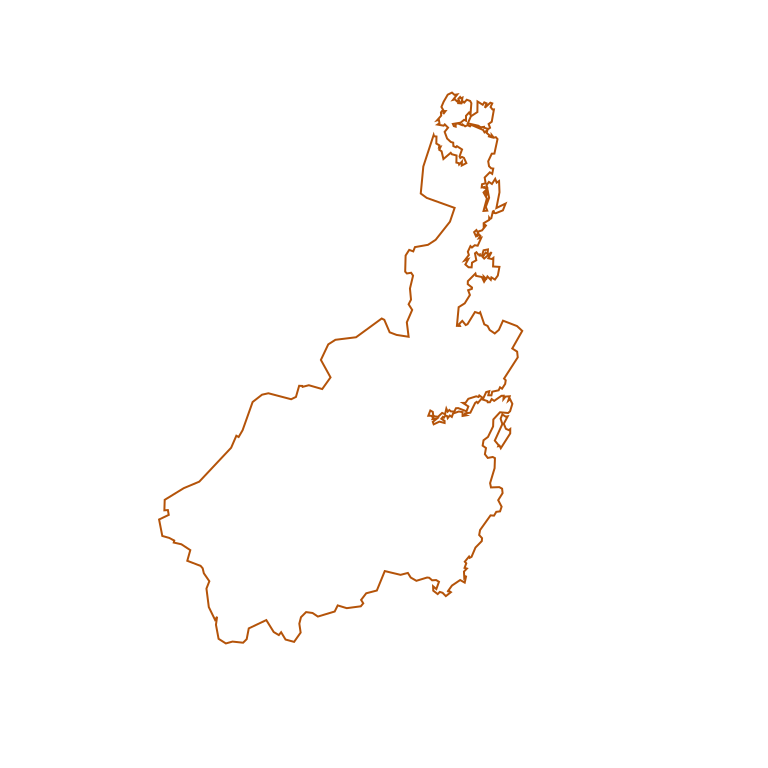 outline of Fjaler nor, Sogn og Fjordane, Norway, rotated 113°
{"feature_id": "86288312B14759313964595", "entity_name": "Fjaler nor", "entity_type": "district", "adm_level": 2, "iso_a3": "NOR", "parent_name": "Norway", "parent_adm1": "Sogn og Fjordane", "projection": "mercator", "projection_center": [5.23, 61.279], "detail": "fine", "context": "isolated", "style": "outline", "palette": "amber", "viewbox_px": 768, "rotation_deg": 113, "n_neighbors": 0, "source": "geoboundaries", "source_scale": "gbopen_adm2", "svg_char_len": 6136}
<svg xmlns="http://www.w3.org/2000/svg" viewBox="0 0 768 768"><g transform="rotate(113 384 384)"><path d="M535.3,232.1L528.4,233.4L531.2,234.3L525.4,237.1L521.5,235.6L521.8,238.0L516.9,238.2L516.0,240.2L509.6,238.3L510.5,237.2L508.9,235.9L498.8,235.9L490.4,232.6L487.6,233.5L485.8,237.4L480.9,238.5L463.3,234.6L462.2,231.3L457.8,230.7L455.9,227.4L451.0,227.8L446.3,233.5L438.1,232.2L434.2,234.4L433.9,237.6L437.4,245.1L433.8,247.6L418.3,249.3L408.9,252.9L408.7,255.4L411.5,259.6L409.2,263.7L403.1,265.1L402.2,269.1L396.9,270.4L392.1,267.6L380.4,267.0L373.9,269.5L364.7,266.2L362.2,258.4L359.8,257.3L352.1,258.1L348.7,262.0L350.9,263.1L346.2,263.5L348.1,267.2L351.3,268.1L348.0,269.2L349.0,271.3L356.5,276.0L355.8,279.0L359.4,279.4L360.3,281.4L359.3,282.2L359.9,288.7L364.9,290.2L364.2,291.7L365.8,292.7L376.7,293.3L379.3,297.9L380.6,297.9L380.6,295.9L382.7,299.2L379.2,300.7L380.1,304.4L384.2,308.9L387.8,308.7L387.3,311.1L390.5,312.0L388.9,313.2L389.0,315.2L391.6,315.7L391.2,316.9L393.6,317.6L394.3,313.8L396.2,313.0L397.0,318.3L401.7,322.5L399.8,324.3L395.4,321.9L397.3,325.6L395.7,325.5L394.8,328.3L395.9,330.8L390.3,331.0L390.6,328.2L393.9,326.3L393.9,324.3L393.0,321.4L387.9,319.2L388.0,316.0L382.3,317.0L384.6,314.6L382.4,313.7L383.1,311.7L381.8,308.5L378.2,308.3L377.2,306.3L376.9,297.4L371.7,297.6L370.6,304.0L369.5,301.6L364.7,300.6L359.3,294.3L359.0,291.9L357.3,291.8L358.3,287.0L351.5,286.8L349.5,284.3L353.6,283.6L352.5,280.7L348.8,281.4L345.0,276.0L341.7,275.9L342.2,273.5L336.6,272.5L333.0,273.4L332.1,275.6L307.2,271.3L302.2,274.1L301.2,279.8L281.1,277.5L278.7,284.2L279.2,299.2L289.3,299.4L294.2,301.8L293.0,307.8L290.1,311.3L289.9,315.0L280.4,323.5L281.8,324.0L282.2,328.4L296.3,330.5L297.8,331.8L295.3,336.6L299.6,338.3L300.9,336.8L302.0,339.6L284.1,345.3L278.2,341.2L268.5,339.7L264.8,343.2L262.1,340.3L260.8,340.7L259.4,345.9L256.6,347.0L246.6,343.0L248.5,341.5L247.3,335.8L250.8,331.8L247.8,331.3L249.0,332.2L246.1,334.1L247.4,330.9L248.2,330.9L244.6,330.8L246.4,326.4L243.9,326.8L244.5,322.7L239.7,321.6L231.1,323.5L233.2,329.5L225.2,332.6L226.8,333.5L227.5,337.1L220.6,336.5L229.4,340.8L228.5,342.8L223.3,341.8L223.8,339.4L219.5,340.9L222.0,344.6L227.6,344.0L228.4,346.0L227.2,346.4L228.1,347.7L226.6,350.4L228.2,351.3L234.0,347.4L237.9,350.4L242.4,348.9L243.5,351.8L242.2,355.8L236.1,355.2L238.9,358.1L232.1,356.3L229.5,358.5L223.3,358.3L224.0,356.4L220.8,354.7L220.1,351.8L211.3,351.6L212.8,353.6L210.0,353.1L209.3,354.7L210.7,355.6L208.3,356.3L211.9,357.2L209.0,360.4L206.2,359.1L207.4,357.5L204.3,353.8L198.3,352.1L197.9,353.5L199.5,354.0L197.0,355.1L191.9,351.3L189.9,352.1L190.7,350.9L189.5,350.0L182.6,351.2L181.9,350.6L183.5,349.4L183.1,347.8L177.7,342.4L170.4,342.6L178.1,349.3L162.4,352.6L152.2,357.4L154.6,359.0L151.7,361.8L157.7,362.8L157.0,366.4L160.8,367.3L171.5,360.0L181.2,359.5L184.1,356.7L185.8,360.0L173.0,361.8L168.8,367.2L166.6,366.3L169.3,363.5L166.3,363.7L166.7,365.7L163.6,365.4L164.3,368.6L163.5,368.6L164.9,370.9L161.8,371.8L159.5,368.9L154.6,372.0L147.8,369.3L148.3,366.5L143.0,367.6L143.6,369.6L142.5,372.4L138.3,375.1L129.9,374.8L128.8,372.4L114.2,375.2L113.1,377.5L114.4,379.2L112.7,382.2L114.8,381.2L115.1,384.1L113.9,384.0L112.8,387.6L109.8,388.0L113.1,389.8L111.4,392.1L111.4,405.0L113.2,405.5L113.1,408.3L115.1,410.0L114.4,413.2L115.2,413.2L115.3,417.7L116.6,419.7L119.1,418.6L119.3,420.5L117.7,422.2L113.5,415.6L109.5,413.5L109.6,411.4L105.1,413.3L100.9,411.8L102.4,409.6L91.4,413.3L89.8,415.3L90.0,418.9L94.4,420.3L93.0,420.5L93.2,422.4L96.0,422.2L89.7,423.7L90.9,424.9L90.1,426.1L92.5,427.0L95.8,423.4L96.5,425.5L94.3,426.6L95.3,427.5L94.2,429.8L95.5,431.5L88.8,429.7L90.3,432.1L89.2,435.3L92.8,438.4L100.8,439.4L106.5,439.4L109.4,435.6L108.7,434.0L112.3,434.9L110.2,435.3L110.2,437.3L111.8,437.7L114.6,436.2L120.6,438.2L119.4,436.7L122.3,434.8L124.3,436.1L122.9,430.0L121.3,429.5L123.0,425.2L128.2,426.7L133.4,421.8L135.1,417.1L134.8,414.6L137.9,413.1L138.0,410.3L136.6,409.8L137.6,403.8L145.0,403.4L146.1,402.1L144.5,401.0L144.6,398.8L148.5,394.5L152.5,397.8L148.8,399.2L152.6,400.6L151.5,401.4L151.9,403.9L145.3,406.5L146.0,411.3L145.1,412.9L153.7,417.2L147.3,421.9L146.8,424.7L143.6,424.6L144.7,425.8L142.7,426.2L142.2,429.8L135.7,432.4L136.4,434.8L135.4,435.6L168.4,432.8L194.3,424.6L196.0,417.4L194.3,387.8L208.8,386.7L231.1,392.8L238.7,397.9L245.9,409.0L250.5,408.9L250.7,413.2L257.3,414.3L272.3,408.4L273.3,406.1L271.0,402.5L272.9,399.6L286.0,397.4L295.8,392.1L301.0,392.5L304.8,387.0L318.3,387.1L330.9,379.8L333.9,391.6L334.2,399.0L324.8,408.8L324.6,411.7L351.9,428.0L362.3,446.0L369.3,450.8L386.5,451.5L398.8,435.8L412.8,438.9L414.5,452.7L418.4,457.8L417.7,458.4L418.8,461.4L430.3,460.0L434.3,463.5L437.7,486.8L441.5,492.1L451.9,497.9L481.8,496.1L489.6,497.1L489.3,499.7L502.4,499.8L546.1,515.9L558.1,527.6L576.3,540.6L586.1,536.8L584.5,533.7L588.6,531.0L596.6,538.1L610.5,528.7L609.6,521.6L610.1,515.9L612.1,515.6L610.7,507.9L612.6,497.4L623.6,496.0L623.1,481.7L624.5,478.9L628.6,475.9L633.8,467.7L641.7,467.5L657.8,458.1L667.1,447.4L663.5,446.7L671.3,444.6L683.2,436.7L684.6,428.2L680.3,422.8L677.2,412.6L672.5,410.7L661.8,413.0L647.3,400.1L655.4,388.6L656.2,382.7L652.7,381.7L657.7,374.8L656.5,366.0L645.4,363.6L637.7,368.3L631.1,369.3L624.4,366.6L622.7,360.3L623.9,354.0L612.7,340.5L605.9,340.1L604.9,330.7L597.7,318.5L594.0,317.4L591.7,320.7L583.6,318.6L576.9,309.9L555.9,310.2L553.2,294.2L548.6,288.2L551.7,283.8L552.5,277.3L545.3,268.7L544.7,266.7L545.9,263.0L544.1,259.4L544.6,256.1L552.3,255.7L551.0,259.8L555.0,257.9L556.4,252.5L553.6,251.4L553.3,248.5L555.1,244.2L549.5,241.1L549.0,243.5L550.6,244.4L543.0,242.7L534.7,237.3L535.3,232.1ZM100.5,387.3L88.3,390.1L88.9,391.4L87.4,394.1L83.4,394.0L83.5,396.0L90.3,399.1L85.6,399.3L85.6,401.7L88.4,402.2L87.4,408.3L97.2,404.3L103.6,408.6L111.3,408.7L109.4,398.1L109.9,395.3L108.2,392.4L109.0,392.1L108.5,387.6L106.7,386.5L103.8,389.3L100.5,387.3ZM380.2,248.5L376.1,250.2L377.7,251.1L377.6,254.3L373.8,258.2L365.4,257.5L366.5,259.2L365.8,263.2L370.4,263.1L374.6,259.4L392.8,259.9L395.4,254.9L394.6,254.5L396.6,254.5L395.8,253.3L397.5,251.4L380.2,248.5Z" fill="none" stroke="#b45309" stroke-width="2"/></g></svg>